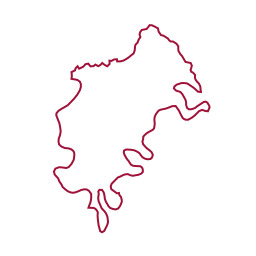 outline of São Jorge d'Oeste, Paraná, Brazil, rotated 252°
{"feature_id": "56859067B52253080464426", "entity_name": "São Jorge d'Oeste", "entity_type": "district", "adm_level": 2, "iso_a3": "BRA", "parent_name": "Brazil", "parent_adm1": "Paraná", "projection": "albers", "projection_center": [-52.964, -25.661], "detail": "fine", "context": "isolated", "style": "outline", "palette": "rose", "viewbox_px": 256, "rotation_deg": 252, "n_neighbors": 0, "source": "geoboundaries", "source_scale": "gbopen_adm2", "svg_char_len": 3387}
<svg xmlns="http://www.w3.org/2000/svg" viewBox="0 0 256 256"><g transform="rotate(252 128 128)"><path d="M69.0,99.3L69.3,97.3L75.0,93.2L77.8,93.5L80.0,95.2L81.0,97.1L84.1,103.1L84.2,105.4L84.8,109.4L84.7,111.3L84.2,113.6L82.4,115.6L81.1,117.8L80.3,123.4L80.5,126.4L81.7,128.6L84.4,129.3L86.4,129.0L87.8,127.9L89.6,123.2L90.5,121.2L92.0,119.6L93.9,119.0L96.4,118.4L98.2,117.6L100.4,117.0L103.6,116.4L106.0,116.4L107.8,117.3L108.1,119.7L107.2,122.1L106.3,124.3L104.9,127.0L102.9,129.2L100.7,131.0L96.7,132.3L95.0,133.3L93.4,134.9L92.1,137.2L91.6,139.9L92.6,141.8L94.7,143.3L97.6,143.0L99.8,141.8L103.3,139.4L107.7,137.4L110.6,137.5L113.0,139.1L115.0,139.8L116.0,141.4L117.3,144.3L118.2,148.6L118.6,151.0L119.6,152.6L121.3,153.6L123.7,154.7L127.9,155.7L130.3,156.8L132.3,158.6L134.0,160.8L135.2,162.9L135.3,165.0L135.1,166.9L134.8,169.5L134.8,172.1L135.1,176.7L134.2,180.1L128.9,181.8L125.1,182.3L121.0,183.0L119.5,183.8L118.2,185.2L117.3,187.7L117.6,189.6L118.2,192.3L119.4,195.6L122.1,200.8L122.3,204.1L120.4,206.7L119.2,209.2L122.5,212.0L124.3,212.1L127.6,211.3L129.1,210.0L129.3,207.9L128.4,204.6L127.3,200.5L126.4,198.3L126.2,196.0L126.3,194.0L126.9,191.8L128.8,190.4L131.8,190.4L134.6,191.2L136.6,191.4L139.6,190.9L143.6,190.1L146.1,188.9L148.7,185.3L151.4,183.9L153.1,184.9L154.2,187.7L154.2,192.8L153.1,196.0L152.0,198.2L146.1,202.8L142.9,204.7L141.0,205.7L139.7,208.5L142.6,209.0L145.1,209.6L146.9,209.4L148.8,209.0L150.9,207.9L153.2,207.2L155.2,207.2L157.7,208.2L160.5,207.0L162.0,205.5L164.0,205.5L165.5,206.7L167.7,208.0L170.4,207.7L173.1,203.1L174.9,202.7L179.9,201.6L182.1,200.6L185.5,199.8L188.0,200.3L190.2,201.1L193.2,200.1L196.3,197.6L197.2,195.2L198.8,194.2L200.6,193.7L204.7,190.4L206.2,188.1L210.1,186.9L213.5,187.3L216.4,184.5L218.3,182.5L219.1,180.4L216.4,176.3L217.0,171.5L215.8,169.6L213.5,167.9L210.7,167.9L208.8,165.5L206.1,163.3L205.0,161.0L203.4,159.9L199.8,158.4L197.1,156.3L196.4,154.1L195.0,150.7L194.1,147.5L193.5,144.4L193.8,140.9L194.7,138.3L196.8,138.7L197.5,135.8L196.9,133.0L197.8,131.2L194.6,130.3L193.1,127.3L195.6,125.0L197.8,123.6L196.5,121.3L196.0,118.8L198.4,116.6L197.5,114.2L198.3,111.3L201.5,110.1L201.8,107.2L200.2,104.6L199.8,102.1L199.5,99.8L202.3,99.1L201.0,96.6L199.2,95.5L198.6,91.5L196.5,91.1L194.6,90.6L192.2,89.4L190.3,93.1L189.2,94.9L186.8,96.6L184.1,96.7L181.3,95.7L178.6,93.7L175.4,90.1L172.6,85.9L170.3,81.6L168.3,77.8L167.4,73.9L166.8,70.8L165.8,67.1L164.0,64.4L162.0,63.7L158.7,63.9L153.7,64.2L149.5,63.7L145.5,62.9L142.0,61.0L139.2,58.8L136.5,57.7L133.6,57.4L131.0,58.9L128.6,61.5L126.9,65.3L125.1,67.6L123.0,68.9L121.2,69.2L118.5,68.5L114.6,66.6L111.4,63.3L109.2,59.6L109.0,57.0L110.9,53.1L112.0,50.3L111.8,46.4L109.5,44.1L106.4,43.9L101.7,46.0L98.4,46.2L94.7,47.3L92.1,47.6L88.7,49.6L86.6,51.1L84.9,52.9L83.6,55.1L83.1,57.2L83.1,60.1L83.5,64.5L83.2,67.5L82.3,69.7L80.4,71.4L76.8,72.6L72.8,71.4L70.9,70.5L68.4,69.0L66.2,67.1L64.4,65.8L62.6,70.6L61.4,71.9L59.3,72.9L57.0,73.2L54.4,72.1L50.5,71.1L44.6,70.0L38.5,69.7L36.9,71.1L37.4,73.5L40.1,76.3L42.5,78.5L44.8,80.0L50.0,81.0L53.5,80.7L55.8,80.0L57.5,79.2L60.0,78.1L63.6,77.8L67.2,77.4L69.8,77.8L71.7,78.4L74.0,79.7L76.9,80.2L78.0,81.8L77.2,84.1L74.2,85.0L71.4,84.8L67.9,84.1L64.6,84.2L61.7,84.9L59.6,85.3L57.4,86.4L55.7,88.6L54.4,91.0L54.5,93.8L56.0,96.0L57.5,97.5L59.7,99.3L61.4,99.8L64.4,100.0L67.2,99.1L69.0,99.3Z" fill="none" stroke="#9f1239" stroke-width="2"/></g></svg>